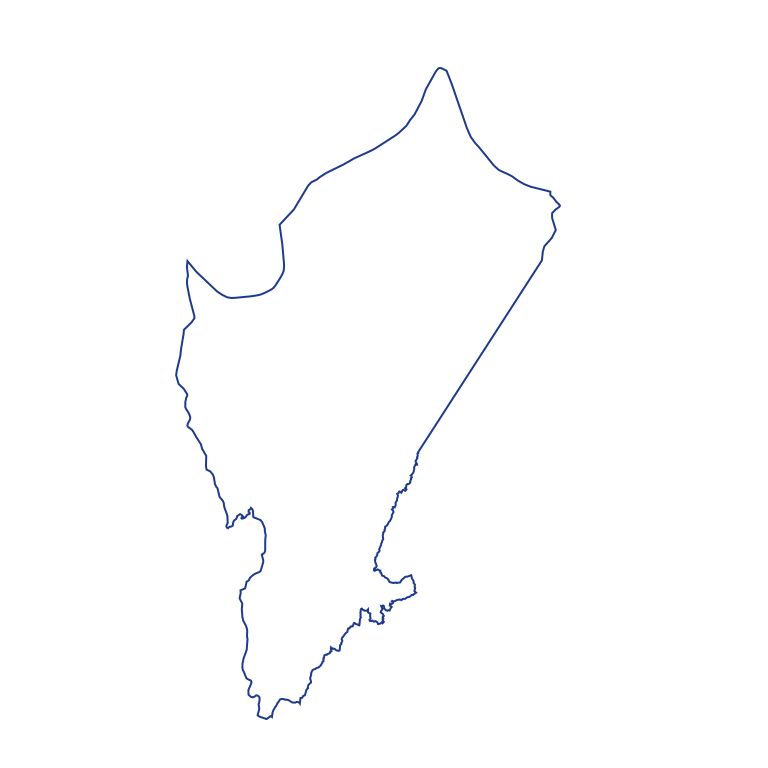 outline of Bualapha, Khammouan, Laos, rotated 73°
{"feature_id": "54806243B82377713639337", "entity_name": "Bualapha", "entity_type": "district", "adm_level": 2, "iso_a3": "LAO", "parent_name": "Laos", "parent_adm1": "Khammouan", "projection": "albers", "projection_center": [106.234, 17.341], "detail": "fine", "context": "isolated", "style": "outline", "palette": "blue", "viewbox_px": 768, "rotation_deg": 73, "n_neighbors": 0, "source": "geoboundaries", "source_scale": "gbopen_adm2", "svg_char_len": 6162}
<svg xmlns="http://www.w3.org/2000/svg" viewBox="0 0 768 768"><g transform="rotate(73 384 384)"><path d="M670.0,594.3L668.6,589.9L668.6,589.4L669.7,588.5L665.9,586.8L663.6,585.2L662.3,583.6L661.3,582.9L660.4,581.3L657.7,578.9L657.3,578.0L655.2,575.5L655.4,573.4L655.8,572.4L657.3,570.4L657.2,569.7L658.4,567.7L661.7,564.9L662.7,562.3L662.5,560.3L663.6,558.3L664.9,557.9L659.9,555.7L660.1,554.0L658.6,552.3L658.6,550.7L653.7,547.5L652.6,545.5L651.5,545.5L649.6,544.2L648.1,541.1L647.4,540.8L643.8,540.7L640.7,538.6L639.3,538.3L636.8,536.1L636.4,534.9L636.5,533.0L635.8,531.5L636.0,529.8L635.0,527.3L632.6,524.5L632.0,524.4L631.3,522.9L629.8,522.6L629.4,522.1L628.4,522.1L628.1,521.4L626.1,520.4L625.8,519.0L626.3,518.0L625.7,517.1L625.7,514.9L625.5,514.4L624.7,514.2L624.0,513.4L624.3,512.8L624.1,512.3L621.2,512.1L620.5,511.7L621.5,511.3L621.7,510.5L622.3,510.3L622.6,508.8L624.6,507.6L625.7,505.9L626.0,504.6L624.5,503.7L621.0,502.4L620.2,500.8L619.2,500.7L617.9,499.2L617.0,498.9L615.9,499.1L614.9,498.7L611.2,493.7L610.4,491.6L607.3,489.8L607.6,488.4L606.8,487.8L606.7,487.1L606.1,486.4L606.6,484.8L603.8,482.7L604.0,481.9L605.1,481.2L606.1,480.1L606.4,479.1L607.5,478.6L608.2,478.9L607.2,477.9L602.0,475.8L601.0,475.1L600.5,474.3L599.0,474.4L597.3,473.6L596.1,473.6L595.0,472.9L593.6,472.6L592.3,471.5L592.3,470.8L593.7,470.3L594.1,469.6L595.0,469.1L595.8,466.7L594.9,465.2L597.4,466.0L598.2,465.8L599.5,464.1L601.7,465.1L603.9,465.3L604.7,465.7L605.2,466.8L606.3,466.8L607.1,465.6L606.9,464.2L608.4,463.1L608.2,461.7L608.9,460.8L610.1,459.9L611.6,460.0L612.0,459.7L611.9,457.1L611.2,455.8L612.4,455.4L611.5,453.7L609.2,454.3L608.4,453.2L607.7,453.2L607.4,453.7L606.1,453.2L605.7,452.0L603.6,452.4L601.4,453.9L600.4,453.3L598.9,451.3L595.5,451.6L596.1,450.6L595.5,449.8L595.8,449.3L596.5,449.0L598.5,449.4L600.6,448.5L601.9,447.1L601.6,446.2L602.3,444.8L600.4,443.3L599.5,441.9L597.5,443.2L595.9,442.4L596.8,441.7L596.0,439.4L595.3,439.3L594.2,440.1L593.8,439.6L594.7,438.6L594.9,437.8L594.3,434.2L594.7,433.0L594.7,432.0L595.8,430.4L595.0,429.1L595.6,426.5L594.8,424.3L595.0,421.7L593.8,419.2L594.3,417.8L593.7,417.0L593.0,414.3L590.9,415.5L588.1,413.8L586.8,414.0L584.9,413.1L583.0,413.8L581.1,413.4L578.1,414.1L574.8,413.9L575.1,418.1L574.7,418.9L574.7,420.3L576.9,424.9L578.5,426.5L577.9,430.3L577.3,430.7L577.1,433.0L575.1,436.5L571.1,437.5L569.3,439.5L567.7,440.2L566.7,441.8L563.6,442.0L563.4,442.5L562.7,442.6L561.4,442.1L561.1,442.9L559.5,444.1L559.9,447.6L559.6,448.0L558.8,448.0L557.7,447.4L557.9,446.7L557.2,446.2L557.0,445.1L555.9,444.2L551.5,444.4L549.6,444.1L549.1,443.4L547.5,443.2L547.1,442.2L545.8,440.6L543.7,439.7L542.9,437.7L542.3,437.1L540.6,436.9L537.0,433.8L535.8,433.3L534.5,432.1L533.2,431.4L532.3,430.2L528.6,429.5L526.9,428.5L525.7,428.2L525.2,427.0L524.4,426.1L523.5,426.1L522.7,425.3L520.9,424.7L520.4,422.9L519.6,421.8L517.3,419.6L516.8,418.5L515.3,416.9L513.3,415.3L511.8,414.9L509.1,412.3L507.8,412.3L506.3,413.1L505.8,412.0L504.4,411.6L504.3,411.2L505.1,409.8L503.3,408.3L500.7,407.5L499.4,405.8L497.5,405.0L495.9,403.8L494.7,403.3L492.9,403.5L492.5,402.0L491.3,401.0L491.4,400.4L493.0,399.2L490.9,397.1L491.0,396.4L492.4,394.7L491.3,393.3L489.8,394.3L489.6,393.3L487.0,392.0L486.5,390.7L486.8,390.2L486.6,388.8L485.8,387.6L485.0,387.6L484.1,387.0L483.1,385.9L482.0,385.9L481.5,384.7L480.2,384.7L479.3,385.2L478.9,384.0L477.0,381.6L474.1,379.9L472.5,379.6L470.5,377.6L470.8,375.9L470.1,375.9L469.6,376.9L468.8,376.1L467.0,376.4L464.6,373.7L463.8,373.9L462.7,372.8L460.5,372.4L460.0,372.0L460.0,371.4L459.2,371.3L311.9,196.8L303.8,193.4L299.2,190.4L293.4,180.9L287.0,174.7L274.4,174.7L269.8,173.3L267.3,168.8L266.0,164.9L265.0,163.6L263.8,163.9L260.0,166.0L255.2,167.7L252.4,169.6L251.4,169.6L248.7,168.7L238.2,186.1L233.8,191.6L228.3,196.8L223.2,200.5L219.7,204.0L214.0,210.5L212.3,212.0L207.3,215.0L185.6,223.8L180.4,226.3L173.1,228.8L163.7,229.9L117.3,231.5L103.8,232.5L102.6,232.7L98.7,236.9L98.0,238.7L98.1,239.7L100.2,243.0L114.5,257.9L124.4,265.3L135.2,276.0L139.0,281.6L143.7,287.2L148.0,296.1L149.5,299.9L156.1,323.3L157.1,328.0L159.5,346.5L162.3,358.9L165.3,377.5L167.3,384.7L168.8,388.4L169.9,394.7L172.2,398.6L190.8,419.2L201.2,437.3L220.6,440.4L241.3,444.8L246.1,446.7L248.1,448.1L251.7,451.6L258.2,459.2L260.0,462.1L260.7,464.2L261.9,470.6L262.4,476.1L262.1,479.6L261.3,485.3L258.1,501.0L257.2,504.6L255.3,508.5L251.4,512.7L246.8,516.5L221.7,530.7L209.0,536.0L214.6,538.3L223.2,539.8L225.6,541.3L229.4,542.8L232.5,543.4L245.9,544.8L263.8,545.5L265.8,546.2L268.8,550.1L273.6,559.4L277.9,561.2L291.1,567.8L297.6,570.6L310.5,578.2L314.8,580.2L323.9,580.4L330.0,576.9L336.2,575.2L337.8,575.7L339.3,577.1L343.1,579.2L348.0,580.8L350.4,580.5L354.6,579.3L358.0,578.9L359.9,579.2L361.5,580.2L364.8,583.4L366.4,584.2L367.7,584.0L371.7,581.0L374.3,580.2L380.3,578.9L388.2,576.7L392.7,576.9L400.8,575.0L410.5,578.3L414.1,578.7L416.6,575.8L420.2,574.3L423.3,573.9L430.3,574.9L433.2,574.5L434.9,573.7L443.8,574.3L448.7,572.3L450.6,572.0L454.9,572.7L464.2,572.3L471.2,574.1L473.1,575.9L474.4,576.4L475.3,576.3L476.3,575.2L475.5,573.9L475.6,571.7L475.3,570.1L472.0,568.5L471.1,567.7L470.5,566.9L470.0,565.0L468.4,563.5L467.4,563.1L466.4,559.7L467.4,558.6L469.4,557.6L470.0,559.2L470.6,559.6L471.1,559.4L471.4,558.3L471.0,555.5L469.1,553.1L468.9,550.4L467.6,550.1L466.7,550.9L465.1,550.3L464.7,548.4L463.6,547.4L465.6,546.5L467.2,546.4L472.8,547.9L473.4,547.6L477.8,542.1L480.3,540.9L487.1,540.2L489.9,541.0L494.0,541.3L498.2,543.1L508.5,546.3L510.1,547.4L510.8,548.4L511.3,550.7L517.5,551.1L518.9,551.5L526.6,556.5L527.3,557.9L527.8,562.9L528.5,565.4L530.2,568.9L532.3,570.7L532.9,573.2L538.8,576.5L539.4,581.6L541.9,582.1L546.4,584.6L547.3,584.7L552.5,583.7L558.0,585.9L565.9,587.6L569.1,587.8L574.2,586.8L577.5,586.6L579.9,586.9L585.3,588.8L588.1,589.1L598.2,593.1L605.2,598.4L609.9,601.0L613.9,602.4L616.3,602.6L619.1,602.1L624.7,601.7L626.2,600.8L628.8,597.9L631.0,598.1L637.1,603.2L641.5,604.4L644.3,602.7L645.3,600.9L645.2,599.5L644.4,597.4L644.9,596.1L646.2,595.0L647.5,594.7L650.2,595.5L653.6,597.5L658.3,598.3L663.8,601.7L664.8,601.2L666.3,599.5L670.0,594.3Z" fill="none" stroke="#1e3a8a" stroke-width="2"/></g></svg>